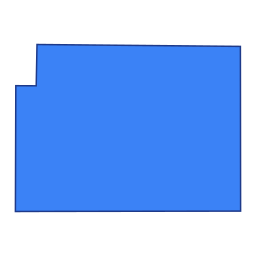 Grant, Nebraska, United States of America
{"feature_id": "52423323B82511149902728", "entity_name": "Grant", "entity_type": "district", "adm_level": 2, "iso_a3": "USA", "parent_name": "United States of America", "parent_adm1": "Nebraska", "projection": "mercator", "projection_center": [-101.802, 41.919], "detail": "fine", "context": "isolated", "style": "filled", "palette": "blue", "viewbox_px": 256, "rotation_deg": 0, "n_neighbors": 0, "source": "geoboundaries", "source_scale": "gbopen_adm2", "svg_char_len": 219}
<svg xmlns="http://www.w3.org/2000/svg" viewBox="0 0 256 256"><path d="M240.6,211.1L240.4,46.4L37.0,44.5L36.2,85.8L15.8,85.7L15.4,211.5L44.3,211.4L240.6,211.1Z" fill="#3b82f6" stroke="#1e3a8a" stroke-width="1.5"/></svg>